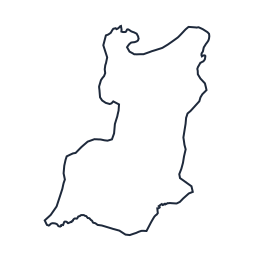 Al Haymah Al Kharijiyah, Sana'a, Yemen (Mercator projection), rotated 5°
{"feature_id": "15242507B8947662040309", "entity_name": "Al Haymah Al Kharijiyah", "entity_type": "district", "adm_level": 2, "iso_a3": "YEM", "parent_name": "Yemen", "parent_adm1": "Sana'a", "projection": "mercator", "projection_center": [43.852, 15.031], "detail": "fine", "context": "isolated", "style": "outline", "palette": "slate", "viewbox_px": 256, "rotation_deg": 5, "n_neighbors": 0, "source": "geoboundaries", "source_scale": "gbopen_adm2", "svg_char_len": 4191}
<svg xmlns="http://www.w3.org/2000/svg" viewBox="0 0 256 256"><g transform="rotate(5 128 128)"><path d="M155.4,229.0L158.8,220.8L159.4,219.4L161.0,216.0L162.0,214.0L163.2,212.5L164.1,211.8L165.1,210.2L164.2,205.5L165.4,205.3L166.5,204.4L166.3,203.7L165.5,203.1L167.0,201.8L168.3,200.8L169.2,201.7L170.3,201.3L170.4,201.2L170.6,200.6L171.4,200.2L171.9,200.7L172.0,200.6L172.6,200.4L173.2,200.1L173.8,199.5L174.2,199.4L175.0,199.4L176.2,199.1L178.0,199.1L182.1,199.0L183.1,198.9L186.1,197.1L189.1,193.4L194.3,187.9L198.1,186.0L196.3,180.5L196.1,180.4L191.2,177.5L187.0,175.0L184.2,173.4L183.1,169.5L183.2,169.2L184.7,164.0L185.8,157.9L186.3,151.3L187.3,144.2L186.5,142.0L185.7,139.8L185.0,136.7L184.0,132.6L184.8,121.5L185.0,118.8L185.0,114.3L185.0,112.8L185.5,110.8L186.0,108.5L186.1,108.3L188.8,105.6L196.7,95.2L196.8,94.8L197.5,91.2L199.1,87.9L202.9,83.4L202.1,80.8L200.8,77.0L200.7,76.8L195.8,72.4L192.9,68.4L192.7,66.8L192.6,66.1L192.5,65.1L192.2,64.0L191.9,63.1L192.4,61.1L192.9,60.1L194.4,56.8L194.5,56.8L196.4,55.5L197.3,55.0L198.5,53.1L198.6,52.7L198.6,51.9L198.7,51.7L198.8,49.6L198.2,49.0L197.6,49.0L196.5,49.3L195.4,50.2L194.8,49.0L194.8,47.3L195.9,45.3L196.0,44.7L196.3,42.3L196.5,41.0L197.2,39.7L198.4,37.3L199.1,36.3L200.0,34.7L200.4,34.0L200.9,32.0L201.0,29.4L200.6,27.5L200.5,27.1L199.6,26.3L198.8,25.6L193.8,23.0L191.6,22.2L189.5,21.5L187.4,22.0L187.2,22.0L186.9,21.9L179.6,22.0L179.3,22.2L178.6,22.9L176.8,24.7L175.2,26.7L175.0,27.0L172.3,30.4L171.0,32.0L169.8,33.4L168.9,34.2L166.0,36.7L164.0,38.4L162.2,39.9L160.4,41.4L156.6,44.2L156.3,44.4L155.4,45.1L153.4,46.0L150.7,47.1L148.6,48.0L145.6,49.2L145.3,49.3L142.8,50.5L137.1,53.1L135.2,53.3L134.7,53.3L130.7,53.8L127.9,54.0L127.5,53.9L126.2,53.2L122.9,51.8L122.8,51.7L120.0,47.6L120.6,46.5L121.9,44.4L123.6,42.7L123.9,42.6L124.5,42.4L127.1,41.9L128.6,41.2L129.1,41.0L130.3,39.9L130.8,38.1L130.7,38.0L130.6,37.7L130.1,35.9L128.4,33.3L127.2,32.8L125.4,32.1L124.8,32.0L123.7,31.7L122.9,31.5L120.6,30.2L120.2,30.0L119.3,29.7L118.5,30.0L117.9,31.5L117.3,32.5L115.6,32.8L114.2,32.8L113.4,32.6L113.0,32.5L113.0,30.5L112.5,28.6L112.1,27.0L111.7,27.2L111.3,27.4L110.5,28.5L108.9,30.1L108.5,30.1L107.9,30.5L107.0,29.7L106.0,30.0L104.8,30.4L104.3,31.0L103.4,32.8L102.5,34.7L100.2,36.6L98.7,37.3L97.9,37.7L96.2,47.7L96.8,49.2L100.2,57.3L100.9,59.0L101.1,59.5L100.5,64.5L100.5,64.9L100.0,67.0L99.9,67.4L99.7,71.5L100.5,75.3L99.6,78.4L98.3,80.2L97.0,82.5L96.9,82.7L95.6,89.1L95.7,90.1L96.4,93.4L96.4,93.6L97.1,97.7L97.5,99.9L99.8,102.8L103.6,104.9L107.7,105.7L109.4,104.9L111.0,102.8L117.0,105.3L117.1,111.4L117.1,111.5L116.8,113.4L116.5,115.6L116.3,117.4L115.4,121.4L115.3,121.8L115.2,122.4L114.6,125.2L114.6,134.6L113.7,138.0L113.0,140.7L109.5,142.1L108.7,142.4L105.6,142.3L101.6,141.8L100.2,141.9L97.2,142.0L95.5,142.1L89.0,145.1L84.9,149.3L83.1,151.2L78.0,157.4L75.4,158.1L73.1,159.4L69.4,161.6L68.6,165.0L67.8,171.1L67.8,175.2L67.8,178.8L69.6,184.8L68.7,188.3L68.4,190.3L67.9,194.3L66.1,202.2L63.7,212.4L58.6,221.3L56.7,223.4L53.1,227.3L54.8,230.2L55.7,231.6L57.0,231.9L57.6,232.1L58.0,231.8L58.6,231.2L59.1,230.5L59.7,230.0L60.6,229.6L61.3,229.4L61.9,229.4L62.8,229.4L63.1,229.4L63.5,229.4L64.4,229.6L65.4,229.9L66.1,230.4L66.4,230.8L66.8,231.4L67.3,231.8L68.0,232.0L69.0,232.1L69.6,231.6L69.9,231.5L69.8,230.7L70.8,230.2L71.8,230.3L72.6,227.3L73.1,226.8L73.7,226.7L74.6,226.7L75.2,226.9L75.8,227.5L76.3,228.0L76.8,228.0L77.7,227.4L78.2,227.3L78.9,226.7L79.2,226.6L79.6,226.6L79.9,226.6L80.0,225.9L81.3,225.0L81.3,224.3L81.7,223.8L82.2,223.2L82.8,222.8L83.4,222.7L84.4,222.8L85.0,222.7L85.4,222.2L85.7,221.5L86.2,220.5L86.6,220.3L87.3,220.1L88.0,219.7L88.3,219.2L89.1,218.8L89.8,218.8L90.3,218.7L91.2,218.6L91.8,218.7L92.7,219.2L93.5,219.3L94.0,219.4L94.5,219.8L94.8,220.2L95.3,220.7L95.8,221.2L96.3,221.2L97.1,221.2L97.7,221.5L98.1,222.0L98.5,222.3L99.1,222.9L99.6,223.1L100.2,223.5L100.7,224.1L101.1,224.9L101.6,225.4L102.4,225.5L102.9,225.5L103.9,225.8L104.6,226.2L104.8,226.3L105.2,226.6L105.9,227.0L106.2,227.2L110.4,227.4L120.5,229.5L122.2,229.9L123.0,230.0L128.4,231.0L134.8,234.4L139.1,234.5L142.7,232.9L145.3,231.8L147.6,230.5L150.3,229.3L152.1,229.1L155.4,229.0Z" fill="none" stroke="#1e293b" stroke-width="2"/></g></svg>